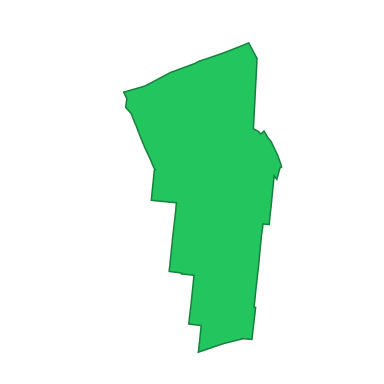 Spantov, Calarasi, Romania (Mercator projection), rotated 190°
{"feature_id": "2599482B51695230514205", "entity_name": "Spantov", "entity_type": "district", "adm_level": 2, "iso_a3": "ROU", "parent_name": "Romania", "parent_adm1": "Calarasi", "projection": "mercator", "projection_center": [26.79, 44.153], "detail": "fine", "context": "isolated", "style": "filled", "palette": "green", "viewbox_px": 384, "rotation_deg": 190, "n_neighbors": 0, "source": "geoboundaries", "source_scale": "gbopen_adm2", "svg_char_len": 2565}
<svg xmlns="http://www.w3.org/2000/svg" viewBox="0 0 384 384"><g transform="rotate(190 192 192)"><path d="M162.0,348.7L167.2,345.4L185.8,334.1L201.1,325.6L206.1,322.9L206.9,322.5L207.5,322.2L211.3,319.2L221.5,313.2L232.8,306.7L233.9,306.0L236.2,304.2L240.5,300.8L256.8,288.2L258.0,287.6L258.4,287.4L260.4,286.4L276.6,278.5L272.4,272.5L272.1,265.7L272.0,263.8L270.4,262.5L267.9,260.6L265.6,258.7L265.3,258.4L260.8,250.9L259.1,248.5L254.7,241.1L249.9,233.3L245.6,226.7L241.6,221.0L237.8,215.6L236.3,213.1L234.5,210.4L233.5,209.0L233.3,208.7L232.1,207.7L232.9,207.0L232.6,203.2L232.0,195.0L231.7,190.8L231.5,188.1L231.2,183.8L231.0,181.9L230.8,178.7L230.6,176.7L229.0,176.9L225.6,177.1L220.9,177.5L216.8,177.8L213.0,178.0L211.8,178.1L210.0,178.3L206.2,178.6L205.3,178.6L205.3,177.6L205.3,175.9L205.1,174.0L204.9,172.1L204.8,170.9L204.7,169.5L204.7,167.9L204.5,166.1L204.4,164.5L204.3,163.1L204.3,162.1L204.2,160.8L204.1,159.5L203.1,142.6L203.0,141.1L202.8,139.5L202.7,138.2L202.6,136.7L202.5,134.6L202.4,133.3L202.3,131.8L202.1,129.3L201.9,126.8L201.8,124.9L201.6,123.8L201.6,123.1L201.6,122.3L201.4,120.3L201.4,118.6L201.1,116.9L201.0,115.2L201.0,113.1L200.7,109.8L188.3,110.4L188.2,109.4L187.5,109.5L184.3,109.7L181.1,110.0L177.4,110.2L176.0,110.4L175.7,110.4L175.5,110.2L175.4,107.8L174.6,96.9L173.9,87.7L173.5,81.8L172.7,67.4L172.4,64.7L172.3,61.7L172.3,61.4L172.1,61.4L168.8,61.6L165.5,61.8L159.8,62.1L159.4,57.2L159.1,52.6L158.6,46.7L158.4,42.1L158.1,38.5L158.0,37.0L158.0,36.2L158.0,35.3L155.8,36.5L150.1,39.7L145.3,42.3L142.7,43.8L139.4,45.6L136.3,47.3L134.8,48.0L132.4,49.2L127.4,51.4L121.0,54.3L118.8,55.2L118.0,55.6L117.5,55.8L116.9,56.0L117.0,56.4L112.9,56.7L112.3,56.8L112.2,56.8L107.4,57.2L108.4,74.8L109.3,89.5L110.9,89.4L111.4,97.6L111.8,102.7L112.4,111.0L112.8,118.0L113.0,120.5L113.2,124.1L113.3,126.9L115.2,150.6L115.9,160.2L116.1,161.7L116.1,162.4L116.2,166.0L116.2,166.9L116.2,168.9L116.6,172.8L110.3,173.4L110.4,174.6L110.7,178.2L111.0,181.6L111.6,191.6L111.9,195.5L113.9,222.1L110.7,219.2L110.7,219.5L110.3,223.0L109.7,229.4L109.6,230.7L108.9,231.4L108.1,232.0L108.6,233.1L109.5,235.2L110.2,236.3L111.4,238.4L111.8,239.2L114.3,243.5L116.4,246.4L122.9,255.5L123.7,256.2L124.2,256.5L125.6,257.7L126.6,258.7L127.8,260.0L129.9,262.5L130.8,263.5L131.7,264.6L134.1,261.2L134.9,261.2L135.1,261.6L135.6,262.1L135.8,262.4L136.3,262.7L137.3,263.2L138.0,263.5L142.5,265.0L142.6,265.5L144.7,282.7L146.3,296.0L146.6,298.2L150.0,325.9L150.6,330.3L151.1,334.7L154.6,339.2L161.2,347.6L162.0,348.7Z" fill="#22c55e" stroke="#15803d" stroke-width="1.5"/></g></svg>